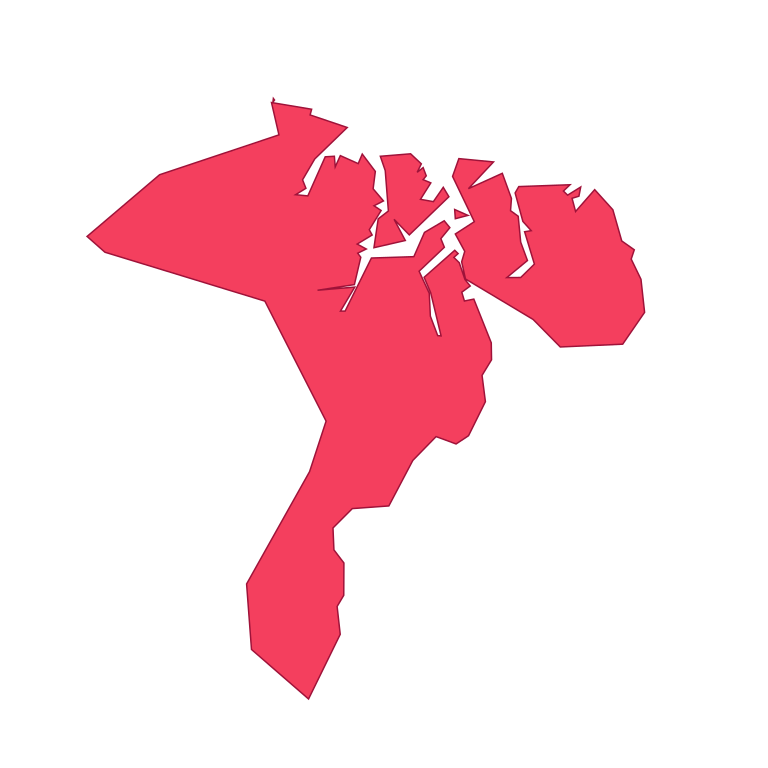 Sør-Varanger nor, Finnmark, Norway, rotated 351°
{"feature_id": "86288312B98224162040661", "entity_name": "Sør-Varanger nor", "entity_type": "district", "adm_level": 2, "iso_a3": "NOR", "parent_name": "Norway", "parent_adm1": "Finnmark", "projection": "mercator", "projection_center": [30.163, 69.519], "detail": "medium", "context": "isolated", "style": "filled", "palette": "rose", "viewbox_px": 768, "rotation_deg": 351, "n_neighbors": 0, "source": "geoboundaries", "source_scale": "gbopen_adm2", "svg_char_len": 1970}
<svg xmlns="http://www.w3.org/2000/svg" viewBox="0 0 768 768"><g transform="rotate(351 384 384)"><path d="M113.8,191.8L129.0,210.2L279.3,283.5L321.0,411.6L296.8,458.9L217.0,560.0L211.6,625.5L260.2,683.3L301.6,624.4L302.9,596.4L311.2,586.4L316.4,554.5L308.6,540.0L311.1,518.2L333.2,502.1L369.7,505.2L400.5,464.0L427.2,444.1L445.8,454.5L459.4,448.3L481.4,417.3L482.2,390.8L494.0,376.9L496.4,360.1L486.0,314.2L476.4,314.6L475.2,305.5L484.5,300.7L480.3,293.5L477.3,276.0L472.8,269.9L477.6,266.8L474.8,263.0L440.3,284.9L444.4,301.2L447.9,345.4L444.6,344.6L440.4,324.2L442.9,301.5L436.3,278.1L465.0,258.4L462.9,249.3L473.5,239.9L469.0,232.2L447.7,240.6L433.4,262.9L391.3,257.6L357.0,305.9L352.4,305.2L370.3,283.7L333.0,281.0L370.3,281.2L380.9,255.2L378.5,250.7L387.6,247.9L379.4,241.6L395.6,235.0L393.6,229.3L408.3,212.2L402.0,206.4L412.1,203.1L403.8,189.5L408.7,172.7L398.5,153.5L393.0,162.3L376.6,151.6L369.8,161.9L370.6,151.3L361.5,150.4L338.2,186.3L326.3,183.2L337.5,178.5L335.5,169.6L350.8,150.9L387.8,124.9L353.1,106.7L355.5,101.3L316.9,88.4L319.2,121.5L195.1,142.2L113.8,191.8ZM526.9,181.8L493.2,173.1L484.2,189.7L498.6,237.8L477.9,247.0L484.5,265.6L479.8,275.5L480.9,293.0L541.4,343.6L563.9,375.0L626.0,382.0L652.6,354.0L654.2,320.8L647.7,299.3L652.2,290.6L641.2,279.9L637.3,247.7L622.5,225.0L600.2,243.6L598.8,230.0L605.9,229.0L609.1,220.2L594.9,226.2L591.4,221.5L598.9,216.3L548.0,210.1L543.4,215.8L546.6,245.2L553.4,255.6L546.7,255.6L551.3,289.1L535.7,300.2L521.9,298.1L545.0,284.5L541.2,265.3L542.8,239.3L536.1,232.6L538.9,220.7L533.8,194.4L497.9,204.3L526.9,181.8ZM446.3,160.8L416.0,158.5L418.6,173.4L415.4,213.8L404.1,220.0L395.4,247.8L427.5,245.6L419.7,222.9L432.3,240.7L477.4,209.2L473.3,199.0L461.3,211.6L448.9,207.3L461.7,192.7L454.6,188.3L458.3,185.0L456.5,176.4L449.9,180.1L455.3,172.4L446.3,160.8ZM493.3,230.6L481.1,222.7L480.3,231.9L493.3,230.6ZM319.4,84.7L318.4,88.2L320.3,86.4L319.4,84.7Z" fill="#f43f5e" stroke="#9f1239" stroke-width="1.5"/></g></svg>